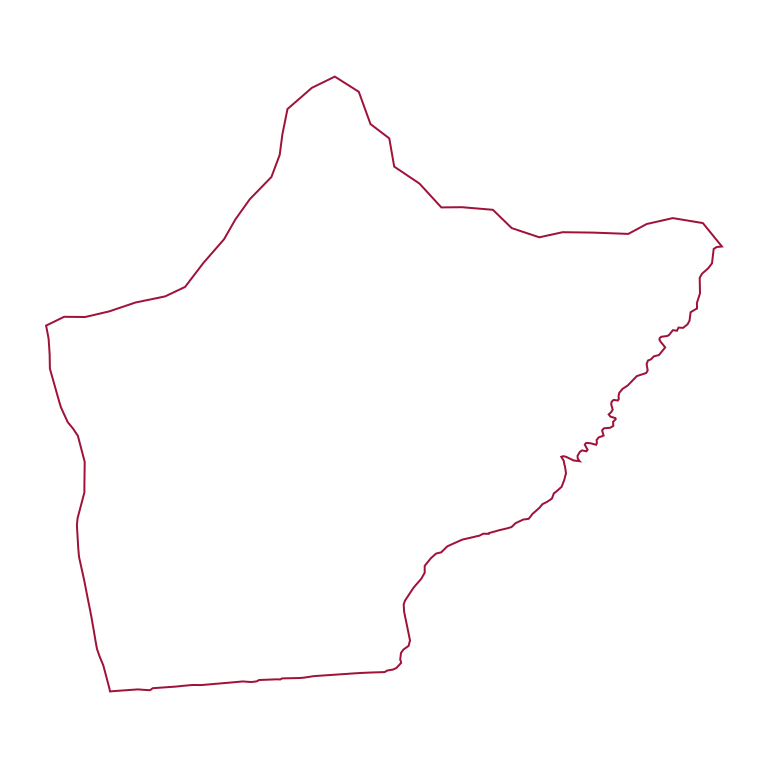 Grande Sido, Moyen-Chari, Chad
{"feature_id": "50815135B5443465425830", "entity_name": "Grande Sido", "entity_type": "district", "adm_level": 2, "iso_a3": "TCD", "parent_name": "Chad", "parent_adm1": "Moyen-Chari", "projection": "albers", "projection_center": [18.707, 8.449], "detail": "fine", "context": "isolated", "style": "outline", "palette": "rose", "viewbox_px": 768, "rotation_deg": 0, "n_neighbors": 0, "source": "geoboundaries", "source_scale": "gbopen_adm2", "svg_char_len": 4362}
<svg xmlns="http://www.w3.org/2000/svg" viewBox="0 0 768 768"><path d="M110.0,691.4L119.5,690.7L137.9,689.4L138.0,689.4L144.7,689.9L150.0,690.2L152.8,688.2L169.9,687.0L172.9,686.8L174.5,686.7L178.7,686.3L178.9,686.3L179.6,686.2L182.2,685.9L190.0,685.2L192.5,685.0L196.6,685.0L196.8,685.0L200.8,685.1L227.5,682.8L227.8,682.8L243.1,681.4L243.5,681.5L250.7,682.0L251.2,682.0L254.3,681.7L256.9,681.3L258.4,680.4L259.1,680.0L277.2,679.3L277.4,679.3L277.7,679.3L280.2,679.5L282.1,678.4L300.0,678.0L303.2,677.7L304.6,677.6L306.1,677.3L312.3,676.4L314.2,676.1L315.6,676.0L346.6,673.9L348.4,673.8L349.2,673.7L355.2,673.3L362.1,672.9L371.2,672.5L381.1,672.2L383.9,672.1L384.9,672.0L386.1,671.2L387.0,670.6L393.2,669.5L394.5,668.9L396.5,667.9L401.2,662.8L400.6,660.7L400.2,659.6L401.0,652.9L403.1,650.0L403.3,649.8L403.5,649.5L403.9,649.2L404.9,648.5L408.6,645.9L410.0,640.4L405.6,618.9L405.2,617.1L405.1,616.6L405.0,616.0L404.1,611.7L403.8,606.1L403.7,605.3L403.7,604.4L404.3,602.6L404.4,602.4L405.0,600.6L407.5,596.9L413.1,588.3L416.0,584.8L416.4,584.4L421.2,578.9L421.5,578.4L422.7,576.2L423.2,575.4L424.7,572.7L424.7,565.9L425.7,564.6L426.0,564.2L431.0,558.1L433.7,555.7L436.0,553.6L439.3,552.8L439.6,552.7L440.7,552.5L441.2,552.3L443.7,549.9L445.1,548.5L447.0,546.7L447.3,546.3L447.8,546.1L448.1,546.0L450.0,545.1L454.7,543.0L462.1,539.7L463.6,539.3L473.2,537.1L475.2,536.6L476.5,536.3L479.4,535.7L483.2,533.7L486.7,533.8L486.9,533.8L488.7,533.8L488.7,533.6L488.7,533.2L489.2,533.0L496.1,531.1L496.5,531.0L499.9,530.0L500.2,530.0L502.2,529.5L507.3,528.3L507.7,528.2L511.6,527.0L511.7,526.9L515.5,523.2L523.4,519.5L525.2,519.3L525.4,519.3L528.7,518.8L531.0,515.9L532.5,513.9L535.5,511.3L539.4,507.8L539.6,507.6L542.4,504.2L547.0,501.9L551.9,498.6L553.9,493.3L554.0,493.3L555.3,492.3L556.1,491.7L561.6,486.8L564.2,480.1L564.7,478.4L564.7,478.2L565.6,474.8L566.0,473.5L565.6,470.6L564.9,465.8L564.7,465.4L564.5,465.1L563.7,460.7L561.5,457.2L561.3,456.8L562.3,456.5L563.3,456.2L566.0,456.8L570.6,459.0L572.7,460.0L574.0,460.6L574.4,460.6L574.8,460.6L579.5,461.2L579.4,461.1L577.8,458.5L577.7,457.7L577.5,456.0L578.1,454.9L579.9,451.8L582.0,450.4L586.4,451.3L587.6,449.8L586.5,447.8L586.3,447.5L584.8,444.7L585.8,443.2L586.8,443.0L587.4,442.9L587.5,442.9L589.4,443.2L589.5,443.2L590.7,443.3L596.1,444.8L596.9,443.1L596.6,440.0L597.2,439.3L597.3,439.2L598.7,437.4L601.4,436.4L601.5,436.4L603.6,435.6L602.1,430.4L603.8,428.4L605.1,428.2L610.1,427.8L613.3,425.9L613.2,424.3L613.1,421.8L614.3,420.6L615.7,419.2L615.6,418.7L615.4,418.1L610.4,416.6L608.7,414.4L611.0,412.4L611.6,411.4L612.2,410.6L612.7,409.8L611.2,404.1L611.7,401.7L612.7,400.8L612.8,400.6L613.6,399.9L617.8,400.5L618.2,399.9L618.8,399.0L618.6,396.9L618.6,395.7L619.0,393.9L619.1,393.7L619.3,392.8L622.6,388.8L625.6,386.9L627.8,385.4L636.8,376.1L646.2,373.0L647.7,370.4L646.6,364.1L648.0,360.5L650.9,359.4L651.8,358.5L653.8,356.4L657.9,355.3L658.1,355.3L659.0,355.0L665.2,347.4L663.1,344.7L661.6,343.0L660.6,341.7L660.1,340.9L660.0,340.7L659.4,339.7L659.7,338.1L660.7,337.2L660.8,337.2L661.2,336.8L667.1,336.0L668.8,335.2L672.0,331.3L672.5,330.6L672.9,330.2L675.0,330.4L675.1,330.5L677.0,330.7L678.5,327.6L682.1,327.8L682.5,327.8L683.2,327.8L686.7,325.0L686.8,324.9L687.7,324.1L688.3,322.9L688.4,322.7L689.6,320.4L689.8,318.4L689.9,317.8L690.6,312.2L692.7,311.0L692.8,310.9L697.0,308.5L697.0,308.2L697.0,306.5L697.0,306.2L696.9,303.0L698.8,297.1L700.0,293.3L699.7,277.8L701.9,273.9L702.1,273.7L702.6,273.2L708.5,268.0L709.3,266.8L709.5,266.6L712.0,263.3L713.7,248.9L716.8,247.0L721.9,246.5L702.9,223.1L672.8,218.1L646.7,224.0L628.3,233.9L593.1,232.6L562.6,232.2L539.3,237.3L511.7,228.1L492.9,209.8L461.9,207.2L441.3,207.4L419.5,183.6L394.2,166.6L389.3,138.4L370.5,124.1L358.8,91.8L334.8,76.6L311.9,87.8L287.5,109.0L282.4,134.3L279.7,154.9L271.4,177.0L249.8,199.2L235.4,219.4L224.0,239.3L203.5,262.8L185.1,286.9L165.1,296.4L135.5,302.5L109.2,311.4L85.1,317.0L64.1,316.8L46.1,325.6L46.7,328.7L48.6,338.7L49.3,348.9L49.7,355.5L49.7,357.6L49.9,368.7L59.2,401.6L61.0,407.5L67.7,422.1L73.1,428.7L77.9,435.9L84.7,461.9L84.4,485.4L84.4,492.4L80.9,505.7L77.6,518.1L76.9,525.0L77.6,537.2L78.2,547.7L78.6,552.1L79.0,556.8L84.2,580.3L84.6,582.4L87.9,599.3L89.2,605.6L91.5,617.5L94.0,631.8L95.5,640.8L96.1,644.2L97.0,649.0L99.7,656.7L103.3,665.4L109.3,688.0L110.0,691.4Z" fill="none" stroke="#9f1239" stroke-width="2"/></svg>